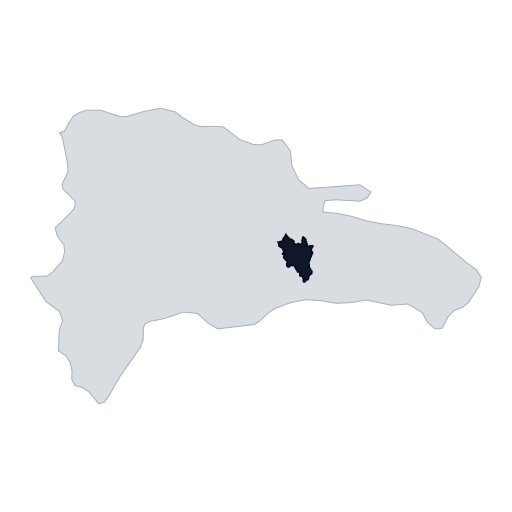 location of Monte Plata, Monte Plata, Dominican Republic
{"feature_id": "3306468B2740041336238", "entity_name": "Monte Plata", "entity_type": "district", "adm_level": 2, "iso_a3": "DOM", "parent_name": "Dominican Republic", "parent_adm1": "Monte Plata", "projection": "orthographic", "projection_center": [-69.842, 18.762], "detail": "fine", "context": "in_parent", "style": "filled", "palette": "ink", "viewbox_px": 512, "rotation_deg": 0, "n_neighbors": 0, "source": "geoboundaries", "source_scale": "gbopen_adm2", "svg_char_len": 6575}
<svg xmlns="http://www.w3.org/2000/svg" viewBox="0 0 512 512"><path d="M58.5,350.9L59.3,329.5L62.6,320.9L59.7,311.7L46.2,301.8L38.0,289.2L30.7,278.0L32.4,276.4L47.2,276.1L52.5,272.1L62.5,260.8L64.6,251.7L63.9,244.8L57.5,236.5L55.1,227.8L63.1,220.3L73.7,209.3L75.1,205.0L75.0,200.8L62.9,189.0L62.2,184.0L68.0,171.4L67.5,163.0L62.2,136.8L59.5,132.9L65.0,130.7L68.6,123.0L73.4,116.1L79.7,112.4L86.8,110.1L101.0,110.4L120.5,116.7L126.1,116.6L144.9,111.2L160.5,108.3L175.2,111.8L181.1,116.6L193.2,124.1L199.3,126.5L218.4,126.4L223.7,127.1L239.7,139.5L253.3,144.5L261.2,144.8L275.3,140.0L282.3,140.1L290.3,150.8L291.9,165.9L298.6,179.7L308.9,188.5L359.7,184.8L371.1,192.0L367.2,198.0L360.0,201.2L335.9,199.8L325.3,200.6L323.2,206.5L323.1,212.1L337.3,213.4L351.2,216.2L365.3,220.6L379.7,223.5L395.9,225.5L411.8,228.6L438.5,239.3L468.1,263.8L476.0,269.4L481.3,277.1L478.9,286.6L468.5,302.4L462.6,307.4L453.9,310.5L448.0,317.0L442.3,328.0L438.8,328.9L434.6,328.5L427.5,322.3L422.4,312.8L408.1,304.0L391.2,305.2L366.2,300.0L351.2,302.6L336.1,303.3L320.6,300.6L305.1,299.7L289.6,303.0L274.6,308.7L269.0,312.4L259.4,321.3L254.3,324.5L217.6,328.9L207.1,322.3L197.4,313.4L183.3,312.1L162.9,318.9L150.1,321.3L144.9,324.2L143.4,327.6L143.2,340.1L140.3,347.6L120.2,376.1L108.7,396.2L104.1,402.4L98.7,403.7L89.0,392.0L82.8,387.7L75.0,385.6L71.8,379.4L72.0,370.6L70.1,362.1L65.4,355.4L58.5,350.9Z" fill="#d9dde1" stroke="#a8b0b8" stroke-width="1"/><path d="M312.7,245.7L312.0,245.7L311.2,245.7L310.7,245.7L310.4,245.7L309.9,245.9L309.2,246.1L308.2,246.6L307.8,246.7L307.7,246.6L307.2,246.3L307.1,246.1L307.0,245.9L307.1,245.7L307.3,245.3L307.3,245.2L307.4,244.9L307.3,244.7L306.8,243.5L306.7,243.3L306.7,243.1L306.6,242.3L306.6,242.2L306.5,241.9L306.4,241.8L306.0,241.5L306.0,241.4L305.9,241.2L305.9,240.9L305.9,239.8L305.9,239.6L305.8,239.4L305.7,239.2L305.4,239.0L305.3,238.9L304.7,238.0L303.9,237.5L303.8,237.4L303.6,237.1L303.4,236.9L303.2,236.9L302.9,237.0L302.7,237.2L302.6,237.4L302.6,237.6L302.6,238.5L302.6,238.9L302.5,239.1L302.0,240.1L301.9,240.5L302.0,240.7L302.0,240.9L302.2,241.2L302.3,241.5L302.3,241.9L302.3,242.3L302.2,242.6L301.9,243.4L301.8,243.5L301.6,243.7L301.3,244.0L301.1,244.1L300.5,244.2L299.8,244.1L299.5,244.1L299.3,244.0L298.7,243.6L298.3,243.4L298.1,243.4L297.8,243.5L297.5,243.7L297.3,244.1L297.1,244.5L296.8,244.7L296.6,244.7L296.3,244.5L295.7,244.4L295.0,244.0L294.8,243.9L294.4,243.6L294.1,243.2L293.9,243.0L293.9,242.8L293.9,242.6L293.9,242.3L293.9,242.1L294.1,241.6L294.0,241.3L293.8,241.1L293.6,240.9L293.1,240.7L292.8,240.4L292.3,239.9L292.1,239.5L292.0,239.4L291.7,239.3L291.4,239.4L291.2,239.5L290.7,239.8L290.4,239.8L290.3,239.7L289.8,238.6L289.6,238.4L289.5,238.2L289.0,238.0L288.8,238.0L288.6,238.0L288.2,238.3L287.9,238.4L287.6,238.2L287.4,237.9L287.5,237.8L287.6,237.6L287.8,237.4L287.9,237.2L287.7,236.5L287.5,236.3L287.3,236.1L287.0,235.9L286.7,235.8L286.5,235.6L286.4,235.4L286.2,235.1L285.9,234.3L285.6,234.8L285.2,235.6L285.1,235.8L285.1,236.4L285.0,236.5L284.9,236.7L284.6,236.9L284.2,237.2L284.1,237.5L283.9,237.8L283.2,238.6L283.0,238.8L283.0,239.0L282.9,239.2L282.9,240.0L282.8,240.3L282.7,240.6L282.3,240.9L282.0,241.2L281.8,241.4L281.5,241.4L280.7,241.5L280.3,241.5L279.3,242.1L279.1,242.1L278.7,242.2L278.0,242.1L278.3,242.7L278.4,242.9L278.6,243.6L278.8,243.9L278.8,244.1L278.9,244.6L278.9,245.8L278.9,246.0L279.0,246.1L279.1,246.3L279.4,246.5L279.9,246.6L280.0,246.7L280.2,246.9L280.5,247.1L281.0,247.4L281.2,247.7L281.3,247.8L281.6,248.0L282.2,247.8L282.4,247.9L282.6,248.0L282.8,248.3L282.9,248.5L282.9,248.8L282.9,249.9L282.9,250.1L283.0,250.3L283.2,250.5L283.3,250.5L283.5,250.6L284.1,250.6L284.3,250.8L284.3,251.1L284.0,251.5L283.8,252.0L283.9,252.5L284.0,252.6L284.0,252.9L283.9,253.0L283.7,253.2L283.0,253.2L282.8,253.2L282.6,253.3L282.5,253.5L282.5,253.8L282.6,254.1L282.9,254.3L283.0,254.3L283.2,254.2L283.5,254.0L283.8,254.0L284.0,254.2L284.0,254.4L284.0,255.1L284.0,255.3L284.1,255.5L284.5,255.8L284.7,256.0L284.7,256.3L284.4,256.5L283.9,256.5L283.7,256.7L283.6,256.8L283.6,257.1L283.6,257.4L283.7,257.7L283.8,257.8L284.1,258.0L284.3,258.1L284.5,258.7L284.8,259.2L284.9,259.3L285.3,259.5L285.7,259.9L286.1,260.3L286.4,260.7L286.8,261.0L287.2,261.6L287.3,261.8L287.5,262.1L287.6,262.3L287.5,262.5L287.3,262.7L286.8,263.2L286.7,263.4L286.6,263.6L286.7,263.9L286.8,264.0L287.1,264.4L287.2,264.6L287.2,264.8L286.8,265.0L286.7,265.0L286.7,265.4L286.8,265.7L286.8,265.8L287.3,266.4L287.8,266.9L288.0,267.0L288.5,267.1L288.8,267.0L289.5,266.7L290.3,266.0L290.5,265.8L291.3,265.4L291.6,265.3L291.8,265.4L292.0,265.4L292.4,265.6L292.8,265.7L293.1,265.6L293.5,265.4L293.9,265.4L294.1,265.4L294.1,265.5L294.3,265.8L294.5,266.0L294.8,266.1L294.9,266.3L295.0,266.6L295.0,267.5L295.1,267.8L295.4,268.0L295.6,268.0L295.7,268.3L295.8,268.9L295.9,269.1L296.1,269.4L296.8,270.1L297.0,270.4L297.1,270.6L297.2,271.1L297.4,271.4L297.5,271.8L297.7,272.0L297.8,272.1L298.0,272.1L298.6,271.9L298.9,271.7L299.2,271.6L299.3,271.6L299.5,271.6L299.7,271.8L299.7,272.2L299.7,275.1L299.8,275.5L300.0,275.9L300.1,276.0L300.7,276.2L300.9,276.2L301.2,276.1L301.5,276.0L302.0,276.0L302.3,276.1L302.5,276.3L302.6,276.5L302.7,277.4L302.7,277.7L302.8,277.9L302.9,278.0L303.3,278.3L303.3,278.5L303.4,279.1L303.4,279.6L303.3,279.9L303.1,280.2L303.1,280.4L303.3,280.8L303.4,281.3L303.5,281.6L303.7,281.9L304.1,282.2L304.7,281.7L305.0,281.6L305.3,281.5L305.5,281.4L305.8,281.0L305.9,280.8L306.0,280.3L306.0,280.1L306.3,279.8L306.5,279.7L306.8,279.7L307.5,279.7L307.9,279.8L308.1,279.4L308.2,279.0L308.4,278.7L308.6,277.6L308.8,277.0L308.9,276.3L308.9,276.1L309.0,275.9L309.3,275.6L309.9,275.0L310.2,274.8L310.6,274.5L310.8,274.2L311.0,274.0L311.1,273.9L311.6,273.8L311.8,273.7L311.8,273.0L311.8,272.3L311.9,271.8L312.0,271.4L312.0,271.2L311.9,271.0L311.6,270.7L311.3,270.4L310.9,270.2L310.7,269.9L310.6,269.3L310.6,269.1L310.4,268.8L309.8,268.2L309.7,268.0L309.6,267.9L309.5,267.3L309.3,266.9L309.3,266.7L309.2,266.2L309.2,264.8L309.2,264.4L309.1,264.0L309.0,263.6L308.9,263.4L308.8,263.0L308.8,262.7L308.9,262.4L308.9,262.2L309.5,261.0L309.7,260.3L309.9,259.8L310.0,259.2L310.3,258.7L310.4,258.1L310.9,257.1L311.0,256.9L311.1,256.3L311.7,255.2L311.7,254.9L311.8,254.4L311.9,254.1L312.0,254.0L312.1,253.8L312.6,253.3L312.7,253.1L312.7,252.8L312.5,252.3L312.2,251.9L312.0,251.5L311.6,251.0L311.5,250.8L311.3,250.1L311.1,249.7L311.1,249.3L311.1,249.1L311.2,248.9L311.3,248.7L311.7,248.5L312.0,248.0L312.1,247.8L312.2,247.2L312.3,247.1L312.5,246.9L312.9,246.7L313.0,246.6L313.1,246.3L313.0,246.2L312.7,245.7Z" fill="#0f172a" stroke="#020617" stroke-width="1.5"/></svg>